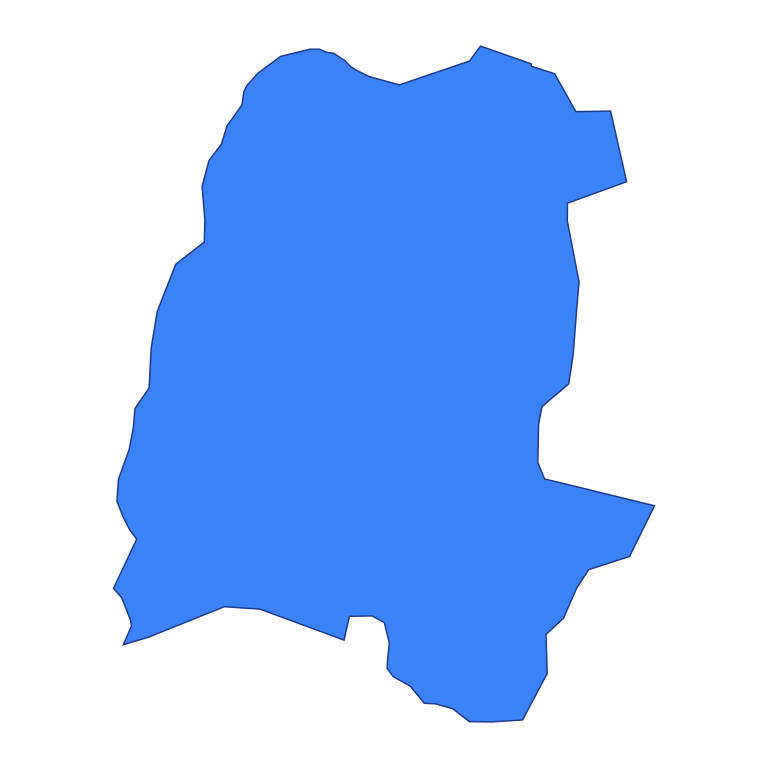 the district of Gbako, Niger, Nigeria
{"feature_id": "59680162B42207826884677", "entity_name": "Gbako", "entity_type": "district", "adm_level": 2, "iso_a3": "NGA", "parent_name": "Nigeria", "parent_adm1": "Niger", "projection": "albers", "projection_center": [6.013, 9.318], "detail": "fine", "context": "isolated", "style": "filled", "palette": "blue", "viewbox_px": 768, "rotation_deg": 0, "n_neighbors": 0, "source": "geoboundaries", "source_scale": "gbopen_adm2", "svg_char_len": 1122}
<svg xmlns="http://www.w3.org/2000/svg" viewBox="0 0 768 768"><path d="M626.6,181.7L610.6,111.1L575.8,111.6L554.7,73.8L531.5,66.3L531.1,63.8L480.5,46.1L469.6,61.0L399.3,84.9L369.3,76.6L356.4,70.3L350.3,66.3L344.9,60.6L333.7,53.3L326.5,52.3L319.4,49.2L310.2,49.2L280.6,56.4L258.2,73.0L247.0,85.4L243.9,91.6L241.9,105.0L231.7,119.5L227.1,125.6L221.4,144.2L209.0,160.6L202.1,186.5L204.9,220.3L204.3,242.0L175.8,264.2L157.2,311.6L151.2,348.1L149.1,388.0L135.0,408.4L133.3,428.0L129.2,449.5L118.5,479.2L116.9,501.2L123.5,517.7L129.7,529.8L136.7,539.2L113.5,588.4L121.8,597.9L130.4,619.7L131.5,626.0L123.3,644.7L148.1,637.3L224.3,606.7L259.9,609.1L344.0,640.1L349.5,616.3L372.1,615.9L384.3,622.5L389.3,643.0L387.6,659.4L387.1,668.2L393.2,676.6L410.2,686.1L424.3,703.3L435.4,703.8L452.6,708.7L469.3,721.6L492.1,721.9L522.6,719.9L545.4,676.8L547.2,673.7L546.0,634.4L563.5,618.2L576.7,588.0L588.7,569.6L629.6,556.4L654.5,505.8L546.5,479.4L544.7,479.3L537.8,462.6L538.6,424.4L541.9,406.7L568.7,383.9L573.2,354.4L577.1,303.7L579.1,282.3L567.3,221.0L567.5,203.1L626.6,181.7Z" fill="#3b82f6" stroke="#1e3a8a" stroke-width="1.5"/></svg>